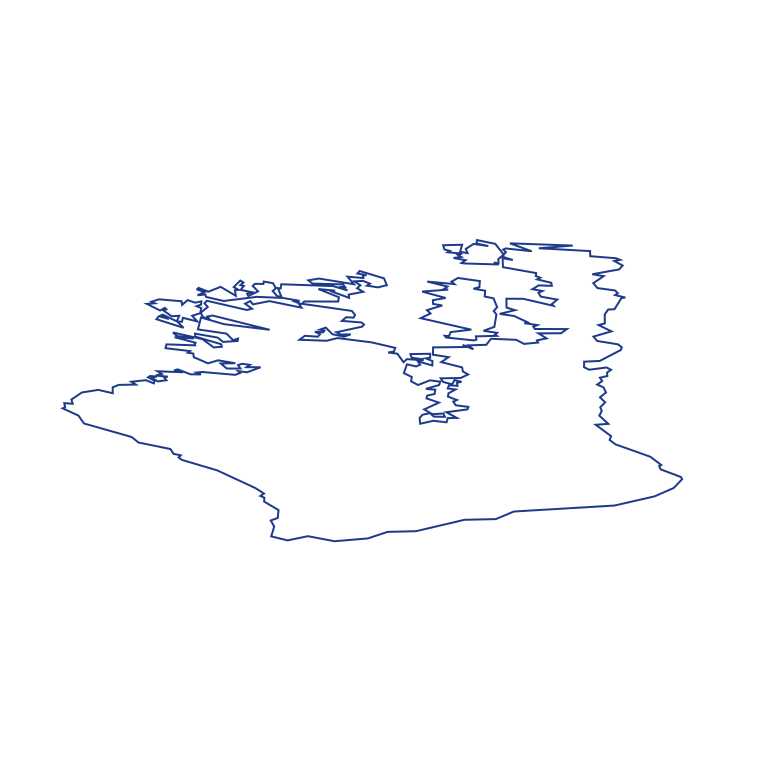 outline of Averøy nor, Møre og Romsdal, Norway, rotated 11°
{"feature_id": "86288312B65221364882540", "entity_name": "Averøy nor", "entity_type": "district", "adm_level": 2, "iso_a3": "NOR", "parent_name": "Norway", "parent_adm1": "Møre og Romsdal", "projection": "equal_earth", "projection_center": [7.535, 63.027], "detail": "fine", "context": "isolated", "style": "outline", "palette": "blue", "viewbox_px": 768, "rotation_deg": 11, "n_neighbors": 0, "source": "geoboundaries", "source_scale": "gbopen_adm2", "svg_char_len": 6147}
<svg xmlns="http://www.w3.org/2000/svg" viewBox="0 0 768 768"><g transform="rotate(11 384 384)"><path d="M542.8,212.1L480.8,221.9L503.7,225.5L477.6,227.7L475.4,229.3L478.5,231.3L476.8,234.1L466.5,225.2L447.8,225.0L448.0,228.4L460.1,228.7L445.2,229.4L438.5,235.8L441.0,239.6L433.5,239.7L434.1,232.4L415.6,236.5L417.7,240.4L423.3,240.8L421.5,242.5L435.9,241.1L431.8,243.1L435.6,244.5L428.2,247.0L440.4,246.9L437.0,250.4L439.5,250.4L473.8,244.8L468.6,243.8L473.4,243.6L472.4,239.5L476.7,234.3L476.9,236.6L486.8,237.7L476.4,237.9L478.5,246.6L512.2,246.1L512.4,249.0L517.1,249.9L514.4,252.1L528.9,252.7L530.0,255.6L517.0,257.7L511.6,262.6L521.8,262.5L518.2,265.0L521.2,268.3L538.0,268.1L533.5,273.5L535.4,274.9L504.6,273.8L487.9,276.9L489.7,285.6L498.6,286.5L484.2,293.1L498.7,292.4L515.1,296.5L510.0,297.5L523.3,296.9L519.7,299.3L521.6,301.2L553.0,295.2L548.1,300.4L526.0,304.8L534.9,308.2L525.8,312.0L527.3,313.9L513.9,317.9L505.3,315.4L480.4,319.2L476.9,326.0L459.4,330.0L465.1,332.9L453.8,330.6L457.6,332.0L425.2,338.7L426.5,345.9L442.3,345.3L436.0,351.6L457.5,352.8L459.1,356.7L464.8,358.6L458.0,363.5L438.6,367.6L441.5,370.7L450.9,371.3L452.5,366.7L459.7,367.0L455.4,368.9L456.5,371.8L448.1,372.8L447.4,376.2L455.3,375.7L449.1,380.8L449.1,384.1L458.6,385.8L455.3,388.1L458.6,391.2L471.2,390.4L470.7,393.0L450.6,399.8L462.0,403.4L453.1,405.3L452.7,409.7L439.5,410.7L427.1,416.1L425.4,410.5L427.7,406.8L434.8,403.8L439.1,406.5L450.0,404.6L448.0,401.6L437.2,404.4L428.3,401.3L441.5,391.8L428.4,390.0L428.7,387.1L435.6,384.1L435.4,379.8L426.1,380.8L438.4,374.4L438.7,371.0L428.5,371.6L417.6,378.5L410.1,376.2L409.9,371.8L401.4,369.5L402.8,360.3L412.2,360.6L415.8,358.2L412.9,355.3L427.9,356.6L427.2,352.2L420.1,350.9L424.3,349.4L423.6,345.5L404.2,349.6L406.2,353.0L417.4,352.3L417.5,353.3L401.7,355.2L399.0,358.9L391.3,351.7L382.0,352.3L387.5,350.3L388.2,346.4L363.9,345.5L329.5,347.8L319.5,352.5L292.6,356.7L297.1,351.8L310.0,350.2L311.8,347.3L306.1,345.9L314.5,344.8L315.3,342.9L310.7,342.9L316.1,339.7L323.8,345.0L335.9,345.1L341.8,341.6L332.1,343.7L327.4,342.3L351.7,331.8L353.0,329.4L350.1,327.9L330.6,330.1L334.1,325.7L341.6,324.6L342.4,321.7L338.5,318.4L288.2,320.9L290.0,318.2L323.3,311.8L323.1,307.4L301.4,303.3L318.1,301.7L315.4,303.2L333.3,306.1L332.2,303.0L346.0,297.5L339.3,295.1L342.0,291.7L335.3,288.9L343.6,286.8L351.1,288.2L348.5,290.7L359.6,290.3L367.9,286.5L363.9,280.3L338.5,277.7L336.8,280.6L346.1,280.5L342.5,281.5L343.5,283.9L327.7,285.6L335.4,291.8L300.0,292.9L289.9,296.7L294.7,299.1L324.9,294.0L327.2,296.2L324.0,296.8L330.2,299.1L315.2,297.6L264.1,305.7L264.3,310.0L261.5,310.1L266.5,317.7L262.8,318.3L257.0,314.0L259.6,310.6L255.7,306.2L246.4,306.4L246.5,308.8L238.2,310.3L236.4,312.8L242.7,317.1L234.0,323.5L232.4,321.5L236.8,319.1L225.3,319.0L227.7,314.5L224.2,314.3L226.6,311.2L223.2,309.9L218.0,317.5L223.3,319.3L219.8,320.4L221.7,325.7L205.1,319.8L194.0,326.9L182.8,324.9L184.5,326.1L181.8,326.8L190.3,328.0L184.0,332.5L191.5,330.2L192.7,332.5L210.8,333.1L242.6,322.7L268.5,318.8L285.3,318.5L280.7,320.1L287.8,321.4L285.5,321.9L288.4,324.8L255.7,324.5L240.2,330.8L236.9,328.1L232.3,331.7L240.1,335.3L235.4,337.5L194.3,336.1L192.4,339.0L196.3,342.0L190.4,349.1L193.9,353.1L199.9,353.3L197.7,351.5L202.6,349.5L261.4,352.6L215.4,355.8L191.7,353.6L190.9,365.9L219.8,364.6L227.5,369.8L232.0,367.3L232.1,369.7L218.0,373.4L211.9,370.2L188.9,370.6L189.7,373.5L216.5,376.0L217.7,378.4L209.9,380.6L197.2,374.6L167.0,373.7L171.7,376.4L188.7,375.6L169.5,378.0L192.1,379.5L189.9,379.7L191.2,382.1L162.9,386.6L162.7,390.5L187.3,388.7L185.5,390.7L191.0,390.5L192.2,394.0L207.3,397.3L216.6,392.4L234.1,392.0L219.9,395.0L226.6,398.8L240.1,396.2L237.1,393.3L241.0,391.2L248.7,390.8L245.9,393.7L259.7,391.1L247.4,398.6L238.4,399.2L240.7,400.6L236.2,403.4L203.2,406.9L197.9,408.5L202.5,409.5L192.2,411.4L178.7,409.0L175.3,410.7L184.6,410.8L159.2,414.7L163.9,416.5L158.3,419.3L170.4,418.0L166.8,419.4L169.7,421.8L161.5,424.6L154.8,422.5L159.4,420.0L152.9,420.8L151.1,422.5L158.3,424.6L157.9,427.3L149.4,425.7L135.6,430.0L140.4,431.9L123.8,435.5L118.3,439.0L119.5,444.8L104.6,444.3L89.0,450.0L80.1,458.9L82.2,462.8L73.8,463.8L75.4,467.7L73.2,469.2L90.1,473.3L97.0,480.0L146.5,484.2L154.2,488.3L186.8,488.6L190.7,492.7L198.1,492.8L196.4,495.3L200.2,497.1L236.7,500.6L277.9,510.8L287.1,514.5L284.0,517.5L288.2,518.4L288.8,522.3L304.5,527.9L305.3,535.7L298.9,539.6L303.4,544.9L302.4,555.1L319.2,555.9L338.4,547.9L365.4,547.8L397.5,538.7L415.7,528.5L443.4,522.4L489.0,501.9L519.5,495.3L535.8,484.4L633.5,459.3L671.0,442.7L688.2,430.8L694.8,420.6L693.4,418.7L671.8,415.0L669.8,412.1L671.6,410.6L659.4,404.6L622.8,399.1L616.1,395.8L616.9,391.9L599.6,383.6L611.8,380.3L601.4,374.0L602.9,368.8L600.7,365.6L604.6,359.8L598.6,355.9L603.6,349.9L600.0,345.4L593.4,343.9L597.6,339.5L594.8,336.6L601.7,333.6L600.8,330.2L604.2,326.7L599.4,325.3L582.8,330.8L577.2,329.4L576.2,323.9L591.4,320.2L609.9,305.5L610.5,302.7L606.2,300.4L585.1,301.1L580.6,297.5L597.2,288.9L583.4,285.2L589.2,282.4L587.4,273.5L589.9,268.1L596.0,266.6L600.7,254.3L604.4,253.1L593.9,252.6L596.2,250.3L593.0,248.1L575.2,249.1L570.2,245.1L579.1,236.2L567.5,236.5L592.9,226.7L595.7,222.2L586.6,219.3L592.0,217.1L587.5,216.3L562.1,219.2L560.9,214.2L510.1,221.2L542.8,212.1ZM458.5,264.7L436.4,265.8L430.7,270.6L434.1,272.5L406.9,275.2L427.7,276.2L424.7,279.3L429.0,279.1L403.8,286.0L428.1,287.8L416.0,292.4L416.9,296.0L426.2,295.8L412.1,303.3L416.2,305.9L407.5,312.4L459.3,314.0L439.5,320.3L438.7,324.5L434.4,325.1L436.1,326.5L463.7,324.1L466.3,322.9L465.1,319.7L485.6,315.2L483.6,314.3L485.2,312.2L471.5,312.8L481.4,306.9L481.1,294.3L477.8,291.4L480.4,287.0L475.2,279.0L466.2,278.9L465.5,273.1L453.6,273.4L459.1,270.8L458.5,264.7ZM183.1,340.2L175.2,339.1L170.7,344.9L169.5,341.4L147.0,343.8L140.1,347.6L143.6,348.5L136.0,350.6L150.2,354.6L154.3,351.1L156.1,352.2L153.4,353.9L162.6,358.0L170.0,356.1L168.6,362.0L153.5,358.1L151.6,359.6L156.6,359.3L158.5,361.1L150.1,360.4L148.3,363.8L176.5,367.1L169.1,362.1L173.9,361.4L173.9,357.4L188.7,358.2L182.7,353.6L190.1,349.6L190.1,344.3L185.2,343.4L189.3,340.9L188.9,337.8L183.1,340.2Z" fill="none" stroke="#1e3a8a" stroke-width="2"/></g></svg>